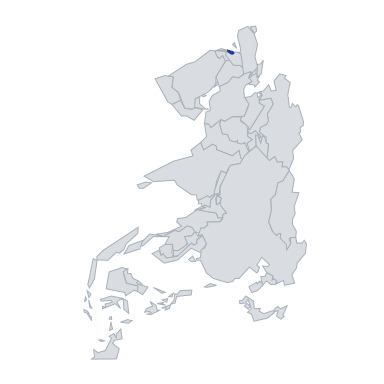 location of Lebanon within Asia, rotated 86°
{"feature_id": "LBN", "entity_name": "Lebanon", "entity_type": "country or territory", "adm_level": 0, "iso_a3": "LBN", "parent_name": "Asia", "parent_adm1": "", "projection": "equal_earth", "projection_center": [35.971, 33.877], "detail": "fine", "context": "in_parent", "style": "filled", "palette": "blue", "viewbox_px": 384, "rotation_deg": 86, "n_neighbors": 45, "source": "natural_earth", "source_scale": "50m", "svg_char_len": 13419}
<svg xmlns="http://www.w3.org/2000/svg" viewBox="0 0 384 384"><g transform="rotate(86 192 192)"><path d="M176.5,93.8L173.4,96.0L173.3,100.5L168.3,99.5L168.0,105.0L162.5,107.0L166.0,112.5L165.1,115.2L149.6,112.2L148.3,114.7L142.5,114.1L137.2,120.7L132.2,119.1L129.7,113.1L126.4,110.8L119.4,111.5L110.0,104.9L104.0,106.8L105.3,118.6L100.3,115.3L96.6,117.0L96.3,113.8L90.4,108.0L96.9,105.9L96.4,101.0L87.1,102.4L80.3,96.2L82.5,90.1L85.0,91.8L89.6,86.4L101.4,89.6L114.4,89.0L114.8,87.6L110.7,85.6L114.2,82.7L112.2,80.8L113.1,79.8L129.4,75.9L133.6,76.5L135.0,79.4L140.3,79.7L140.6,81.3L147.6,78.4L157.8,88.8L165.4,88.2L176.5,93.8Z" fill="#d9dde1" stroke="#a8b0b8" stroke-width="1"/><path d="M105.3,118.6L104.0,106.8L110.0,104.9L119.4,111.5L126.4,110.8L129.7,113.1L132.2,119.1L136.3,120.7L142.2,115.5L141.2,117.9L148.2,120.0L145.4,122.4L142.4,122.2L142.2,119.7L138.9,120.5L137.6,124.4L135.5,124.3L137.9,129.0L136.9,132.4L111.4,113.9L108.1,118.6L105.3,118.6Z" fill="#d9dde1" stroke="#a8b0b8" stroke-width="1"/><path d="M353.3,279.0L351.7,303.8L349.5,300.7L342.3,301.1L345.7,297.0L344.1,289.6L332.3,282.5L330.3,284.7L327.7,279.8L332.6,277.5L328.4,277.5L323.7,272.6L333.5,272.0L334.6,279.6L337.4,281.9L343.2,275.5L353.3,279.0ZM306.5,302.9L304.5,307.7L301.8,308.1L303.6,304.5L306.5,302.9ZM333.2,295.3L333.1,292.5L334.4,289.8L334.8,292.8L333.2,295.3ZM287.5,253.2L286.0,256.7L291.0,265.6L287.6,266.0L282.6,284.4L266.0,280.2L262.5,267.4L264.4,261.4L266.9,266.1L276.2,264.4L278.5,263.6L281.8,252.6L287.5,253.2ZM316.0,282.0L323.3,280.8L324.3,283.8L316.0,282.0ZM313.1,283.5L311.1,282.8L310.6,281.2L313.5,281.0L313.1,283.5ZM316.2,260.7L318.5,264.7L316.8,272.5L314.8,265.2L316.2,260.7ZM296.3,264.0L308.7,263.6L304.3,268.1L294.4,268.1L293.9,271.0L296.5,274.4L303.3,271.4L298.0,276.3L302.3,289.4L299.7,289.2L301.2,286.1L297.7,286.5L296.5,279.1L294.5,280.2L294.5,290.1L292.7,290.7L290.2,279.7L293.3,268.4L296.3,264.0ZM294.3,307.0L289.3,305.5L292.0,304.7L294.3,307.0ZM292.3,302.6L298.3,301.3L300.9,299.9L300.3,302.0L292.3,302.6ZM286.8,299.9L290.1,302.2L283.2,303.5L286.8,299.9ZM253.8,291.5L272.1,295.5L280.5,301.0L277.2,302.4L251.6,295.2L253.8,291.5ZM246.8,271.7L254.3,280.7L253.1,291.4L250.0,291.5L244.2,285.1L223.4,248.1L229.6,249.0L238.9,261.0L244.2,263.7L248.0,268.6L246.8,271.7Z" fill="#d9dde1" stroke="#a8b0b8" stroke-width="1"/><path d="M306.6,304.8L309.4,301.2L313.3,301.1L306.6,304.8Z" fill="#d9dde1" stroke="#a8b0b8" stroke-width="1"/><path d="M55.1,145.7L52.8,150.6L52.7,158.9L51.0,152.9L53.2,146.4L55.1,145.7Z" fill="#d9dde1" stroke="#a8b0b8" stroke-width="1"/><path d="M54.3,148.8L52.7,152.4L53.4,148.3L54.3,148.8Z" fill="#d9dde1" stroke="#a8b0b8" stroke-width="1"/><path d="M54.3,148.8L62.8,145.3L63.9,149.6L58.2,151.9L60.8,155.4L55.7,160.0L52.7,158.9L54.3,148.8Z" fill="#d9dde1" stroke="#a8b0b8" stroke-width="1"/><path d="M97.9,177.8L104.5,178.3L110.3,172.5L107.5,184.2L99.2,182.4L97.9,177.8Z" fill="#d9dde1" stroke="#a8b0b8" stroke-width="1"/><path d="M95.7,176.0L95.4,173.3L96.8,171.1L97.8,174.3L95.7,176.0Z" fill="#d9dde1" stroke="#a8b0b8" stroke-width="1"/><path d="M85.5,157.0L88.7,162.3L83.7,160.4L85.5,157.0Z" fill="#d9dde1" stroke="#a8b0b8" stroke-width="1"/><path d="M63.9,149.6L62.8,145.3L68.5,141.7L69.1,135.1L72.9,131.6L78.0,132.3L81.5,137.4L80.0,143.3L85.3,148.5L88.9,157.4L78.7,160.1L63.9,149.6Z" fill="#d9dde1" stroke="#a8b0b8" stroke-width="1"/><path d="M108.0,183.4L110.8,175.4L120.6,184.9L115.6,192.5L115.5,197.3L103.1,205.9L99.7,197.1L107.9,193.4L109.4,186.0L108.0,183.4ZM110.8,170.4L109.7,171.3L110.4,170.0L110.8,170.4Z" fill="#d9dde1" stroke="#a8b0b8" stroke-width="1"/><path d="M242.4,222.6L242.8,215.0L251.5,216.3L252.4,213.7L256.0,217.6L256.1,222.1L251.7,225.0L253.1,227.3L245.4,228.5L242.4,222.6Z" fill="#d9dde1" stroke="#a8b0b8" stroke-width="1"/><path d="M249.0,214.8L242.8,215.0L242.4,222.6L235.0,218.0L233.8,233.8L242.6,245.3L239.9,247.3L231.0,237.2L234.1,223.7L229.0,211.6L230.6,207.6L225.4,199.2L227.2,194.5L231.9,191.9L235.7,195.4L236.0,202.6L241.5,199.7L246.2,203.0L249.5,209.9L249.0,214.8Z" fill="#d9dde1" stroke="#a8b0b8" stroke-width="1"/><path d="M255.1,215.0L249.0,214.8L249.5,209.9L243.7,199.9L236.0,202.6L235.7,195.4L231.9,191.9L236.2,189.1L235.1,184.9L240.2,190.6L243.6,190.6L245.2,193.8L243.0,196.1L254.1,208.6L255.1,215.0Z" fill="#d9dde1" stroke="#a8b0b8" stroke-width="1"/><path d="M231.9,191.9L227.2,194.5L225.4,199.2L230.6,207.6L229.0,211.6L234.1,223.7L231.7,231.2L230.7,219.1L225.4,204.8L220.9,209.4L217.5,208.2L217.0,200.0L209.9,188.0L214.7,169.4L219.8,167.6L219.5,163.4L223.7,166.0L223.1,179.1L225.9,178.5L228.9,182.6L228.6,185.6L234.0,186.6L231.9,191.9Z" fill="#d9dde1" stroke="#a8b0b8" stroke-width="1"/><path d="M247.8,229.1L253.1,227.3L251.7,225.0L256.1,222.1L255.2,211.3L243.0,196.1L245.2,193.8L243.6,190.6L240.2,190.6L236.4,184.3L244.5,181.1L253.1,187.7L248.0,196.9L258.8,211.0L261.1,224.6L250.7,236.2L247.8,229.1Z" fill="#d9dde1" stroke="#a8b0b8" stroke-width="1"/><path d="M289.8,115.1L289.8,120.0L286.0,123.7L289.7,128.3L281.2,129.2L281.1,124.9L277.6,123.1L278.7,121.0L281.4,116.9L285.2,118.1L284.0,116.4L287.3,113.2L289.8,115.1Z" fill="#d9dde1" stroke="#a8b0b8" stroke-width="1"/><path d="M285.4,130.4L289.7,127.5L295.1,133.7L296.4,139.5L290.5,141.8L286.6,133.9L288.3,133.3L285.4,130.4Z" fill="#d9dde1" stroke="#a8b0b8" stroke-width="1"/><path d="M177.3,93.5L186.3,89.0L199.2,92.2L200.1,85.4L213.8,91.1L221.0,90.6L226.1,93.6L231.5,94.0L238.5,90.7L244.5,91.7L245.5,98.3L250.5,97.2L256.2,100.4L244.1,107.3L239.9,106.4L239.4,108.5L241.5,110.7L239.2,113.5L227.2,117.7L215.8,114.2L204.6,114.0L200.5,109.1L188.8,105.8L187.3,100.8L177.3,93.5Z" fill="#d9dde1" stroke="#a8b0b8" stroke-width="1"/><path d="M219.5,163.4L219.8,167.6L214.7,169.4L210.7,185.9L208.4,180.1L207.5,182.4L205.8,180.5L208.3,175.2L201.5,174.1L197.1,169.9L196.6,172.3L198.8,174.2L196.9,176.9L198.7,177.9L200.5,187.2L195.3,187.9L194.6,192.9L184.0,206.2L179.0,208.7L179.0,229.6L172.8,238.6L160.0,208.3L156.0,188.4L150.2,190.2L143.1,179.8L150.7,177.4L145.6,168.1L148.2,164.3L151.3,164.6L158.6,149.2L153.6,142.1L161.5,140.9L163.5,138.0L167.0,142.1L168.1,151.8L175.1,156.5L173.2,161.5L182.5,166.6L195.8,170.0L196.6,164.0L197.5,167.5L200.2,168.9L206.3,168.5L204.8,165.1L215.5,159.1L216.5,162.8L219.5,163.4Z" fill="#d9dde1" stroke="#a8b0b8" stroke-width="1"/><path d="M208.4,180.1L210.5,190.9L206.9,183.2L204.3,183.1L204.2,186.6L200.7,185.8L196.9,176.9L198.8,174.2L196.6,172.3L197.1,169.9L201.5,174.1L208.3,175.2L205.8,180.5L207.5,182.4L208.4,180.1Z" fill="#d9dde1" stroke="#a8b0b8" stroke-width="1"/><path d="M204.8,165.1L206.3,168.5L197.5,167.5L199.9,163.2L204.8,165.1Z" fill="#d9dde1" stroke="#a8b0b8" stroke-width="1"/><path d="M195.1,164.7L195.8,170.0L193.6,170.0L173.2,161.5L176.1,155.7L188.8,163.6L195.1,164.7Z" fill="#d9dde1" stroke="#a8b0b8" stroke-width="1"/><path d="M163.5,138.0L161.5,140.9L153.6,142.1L158.6,149.2L151.3,164.6L148.2,164.3L145.6,168.1L150.7,177.4L143.1,179.8L137.7,173.6L124.6,174.8L125.3,170.6L129.0,168.7L121.6,157.8L126.2,159.6L136.1,157.6L137.1,152.6L143.2,150.5L147.6,134.6L155.7,132.5L159.1,136.7L163.5,138.0Z" fill="#d9dde1" stroke="#a8b0b8" stroke-width="1"/><path d="M129.1,132.5L140.4,132.4L143.9,127.9L147.4,133.8L150.6,131.3L155.7,132.5L146.3,136.1L147.6,139.2L146.3,143.2L143.8,143.1L145.2,145.4L143.2,150.5L137.1,152.6L136.1,157.6L126.2,159.6L121.6,157.8L123.7,154.6L119.7,146.7L120.6,137.5L125.2,138.4L129.1,132.5Z" fill="#d9dde1" stroke="#a8b0b8" stroke-width="1"/><path d="M136.9,132.4L137.9,129.0L135.5,124.3L142.2,119.7L143.4,122.1L139.9,124.5L150.6,124.8L155.1,131.5L147.4,133.8L143.9,127.9L140.4,132.4L136.9,132.4Z" fill="#d9dde1" stroke="#a8b0b8" stroke-width="1"/><path d="M142.2,115.5L148.3,114.7L149.6,112.2L165.1,115.2L150.6,124.8L139.9,124.5L139.9,122.6L148.2,120.0L141.2,117.9L142.2,115.5Z" fill="#d9dde1" stroke="#a8b0b8" stroke-width="1"/><path d="M96.6,117.0L100.3,115.3L104.1,118.8L108.1,118.6L111.4,113.9L133.3,129.6L133.5,131.7L131.4,130.7L123.3,138.8L120.6,137.5L120.0,134.6L109.8,129.5L101.4,132.3L100.8,126.4L97.5,122.8L97.8,120.0L102.4,119.8L99.5,115.9L97.5,119.2L96.6,117.0Z" fill="#d9dde1" stroke="#a8b0b8" stroke-width="1"/><path d="M88.9,157.4L85.3,148.5L80.0,143.3L81.5,137.4L76.5,129.7L76.0,124.8L81.2,127.1L85.9,124.3L89.2,131.0L93.6,133.4L101.2,133.0L108.0,129.1L120.0,134.6L119.7,146.7L123.7,154.6L121.6,157.8L129.0,168.7L125.3,170.6L124.6,174.8L113.3,172.4L111.9,168.0L102.6,168.5L97.1,164.8L93.0,156.6L88.9,157.4Z" fill="#d9dde1" stroke="#a8b0b8" stroke-width="1"/><path d="M54.8,147.7L57.1,142.5L55.3,138.3L57.4,133.5L71.8,132.1L69.1,135.1L68.5,141.7L57.7,149.0L54.8,147.7Z" fill="#d9dde1" stroke="#a8b0b8" stroke-width="1"/><path d="M82.2,127.0L74.8,122.1L74.5,119.3L79.5,120.2L82.2,127.0Z" fill="#d9dde1" stroke="#a8b0b8" stroke-width="1"/><path d="M78.0,132.3L57.4,133.5L55.9,136.9L56.0,134.1L52.2,133.6L39.3,135.8L34.1,134.1L30.7,124.7L38.7,118.9L49.4,116.3L61.4,119.8L72.0,117.7L77.7,123.8L76.0,124.8L78.0,132.3ZM31.0,116.9L35.7,116.3L38.1,118.6L31.3,122.4L31.0,116.9Z" fill="#d9dde1" stroke="#a8b0b8" stroke-width="1"/><path d="M184.9,240.3L184.6,244.3L181.0,246.2L178.9,237.7L179.9,231.6L184.9,240.3Z" fill="#d9dde1" stroke="#a8b0b8" stroke-width="1"/><path d="M259.0,200.1L256.0,195.8L261.5,193.1L261.1,198.3L259.0,200.1ZM150.6,124.8L166.0,112.5L162.5,107.0L168.0,105.0L168.3,99.5L173.3,100.5L173.4,96.0L177.3,93.5L187.3,100.8L188.8,105.8L200.5,109.1L204.6,114.0L215.8,114.2L227.2,117.7L236.7,114.7L241.5,110.7L239.4,108.5L239.9,106.4L244.1,107.3L251.1,101.5L256.4,101.5L250.5,97.2L244.3,97.0L244.5,91.7L250.2,91.0L250.6,85.6L248.0,83.4L251.6,81.4L261.1,83.2L270.4,92.1L275.1,93.1L281.7,98.1L290.1,96.0L291.4,106.3L286.6,106.8L289.8,115.1L287.3,113.2L284.0,116.4L285.2,118.1L281.4,116.9L277.6,123.1L270.8,126.6L271.6,121.5L269.6,119.8L262.1,127.1L269.6,132.4L271.6,130.0L276.0,131.4L277.1,133.2L270.9,140.0L281.7,151.2L281.1,154.8L284.2,157.8L284.7,163.5L279.8,176.7L273.7,183.2L260.7,188.3L260.4,192.2L258.9,192.4L258.1,188.3L250.1,186.7L248.6,183.1L244.5,181.1L235.1,184.9L236.2,189.1L228.6,185.6L228.9,182.6L225.9,178.5L223.1,179.1L223.7,166.0L221.0,163.1L216.5,162.8L215.5,159.1L206.9,164.7L199.9,163.2L197.3,166.8L196.6,164.0L188.8,163.6L168.1,151.8L167.0,142.1L159.1,136.7L150.6,124.8Z" fill="#d9dde1" stroke="#a8b0b8" stroke-width="1"/><path d="M286.9,174.0L288.1,183.1L287.6,186.1L284.6,180.3L286.9,174.0Z" fill="#d9dde1" stroke="#a8b0b8" stroke-width="1"/><path d="M81.4,116.8L85.0,119.1L86.8,117.0L91.7,122.0L89.6,122.3L88.3,128.5L85.9,124.3L82.2,127.0L79.7,123.2L77.9,118.8L81.8,119.4L81.4,116.8ZM81.2,127.1L79.5,126.6L77.7,123.8L80.1,124.6L81.2,127.1Z" fill="#d9dde1" stroke="#a8b0b8" stroke-width="1"/><path d="M65.3,111.7L79.0,114.7L82.1,119.0L69.4,117.9L69.0,114.3L65.3,111.7Z" fill="#d9dde1" stroke="#a8b0b8" stroke-width="1"/><path d="M294.8,222.6L291.6,217.8L295.2,219.3L294.8,222.6ZM300.9,234.6L300.1,227.6L301.4,229.9L303.1,226.2L300.9,234.6ZM307.4,231.8L311.4,241.6L310.7,245.1L309.4,241.2L308.2,243.1L308.6,247.7L305.1,245.5L303.0,239.1L298.4,241.6L302.4,235.9L307.9,234.8L307.4,231.8ZM291.0,228.8L284.6,237.1L290.2,225.7L291.0,228.8ZM294.6,200.0L295.1,214.6L301.6,216.6L302.5,221.3L298.9,217.5L292.3,216.3L293.0,213.8L289.5,210.5L289.9,199.0L294.6,200.0ZM297.6,229.2L296.7,223.8L300.3,224.9L297.6,229.2ZM306.7,222.7L308.0,227.0L305.7,225.9L305.6,230.4L303.1,221.2L306.7,222.7Z" fill="#d9dde1" stroke="#a8b0b8" stroke-width="1"/><path d="M236.8,244.4L245.1,247.9L249.1,264.1L240.9,258.5L236.8,244.4ZM287.5,253.2L281.8,252.6L278.5,263.6L266.9,266.1L265.0,263.9L264.4,261.4L268.7,262.0L269.2,258.7L273.8,257.2L277.1,251.7L280.3,252.5L283.7,242.6L291.0,248.4L287.5,253.2Z" fill="#d9dde1" stroke="#a8b0b8" stroke-width="1"/><path d="M280.4,248.2L280.3,252.5L278.4,253.7L277.1,251.7L280.4,248.2Z" fill="#d9dde1" stroke="#a8b0b8" stroke-width="1"/><path d="M323.1,125.6L325.2,139.3L318.1,141.1L315.9,145.0L312.6,141.1L302.9,143.6L306.4,146.1L306.8,152.1L303.8,152.2L303.4,149.0L299.5,145.6L305.0,138.3L312.8,137.9L312.9,131.9L315.3,133.5L318.4,128.8L315.8,119.0L318.1,118.4L323.1,125.6ZM321.5,110.0L322.5,108.7L325.1,112.3L321.6,116.4L316.5,114.1L317.0,117.7L314.3,117.7L312.2,114.5L314.7,111.9L312.1,105.0L321.5,110.0ZM307.0,145.0L309.8,141.9L312.8,143.9L309.7,147.7L307.0,145.0Z" fill="#d9dde1" stroke="#a8b0b8" stroke-width="1"/><path d="M99.7,197.1L103.1,205.9L100.6,209.8L76.5,220.9L74.0,211.2L76.0,202.4L86.1,204.7L91.8,198.5L99.7,197.1Z" fill="#d9dde1" stroke="#a8b0b8" stroke-width="1"/><path d="M52.8,159.5L59.5,157.2L60.8,155.4L58.2,151.9L63.9,149.6L78.7,160.1L86.1,160.7L93.6,169.0L99.2,182.4L108.0,183.4L109.4,186.0L107.9,193.4L91.8,198.5L86.1,204.7L76.0,202.4L74.4,207.0L64.2,188.6L62.3,179.9L51.9,164.1L52.8,159.5Z" fill="#d9dde1" stroke="#a8b0b8" stroke-width="1"/><path d="M51.9,137.4L47.7,141.2L45.9,139.4L51.9,137.4Z" fill="#d9dde1" stroke="#a8b0b8" stroke-width="1"/><path d="M55.5,141.0L55.9,141.0L56.2,141.0L56.3,140.8L56.5,140.9L56.7,141.1L56.4,141.4L56.4,141.5L56.5,141.5L56.8,141.7L57.1,142.4L56.9,142.7L56.7,143.0L56.3,143.3L56.3,143.5L56.5,143.7L56.4,143.8L56.3,143.7L56.1,143.7L55.9,143.7L55.8,143.8L55.6,143.9L55.5,144.0L55.4,144.3L55.5,144.5L55.5,144.8L55.3,144.9L55.3,145.0L55.2,145.1L55.0,145.4L54.8,145.5L54.6,145.7L54.5,145.8L54.4,145.7L54.3,145.8L54.2,146.2L54.0,146.4L53.7,146.4L53.2,146.4L53.3,146.1L53.5,145.7L53.6,145.3L53.8,144.9L54.3,143.6L54.5,143.1L54.6,142.3L55.0,141.7L55.3,141.5L55.5,141.3L55.5,141.0Z" fill="#3b82f6" stroke="#1e3a8a" stroke-width="1.5"/></g></svg>